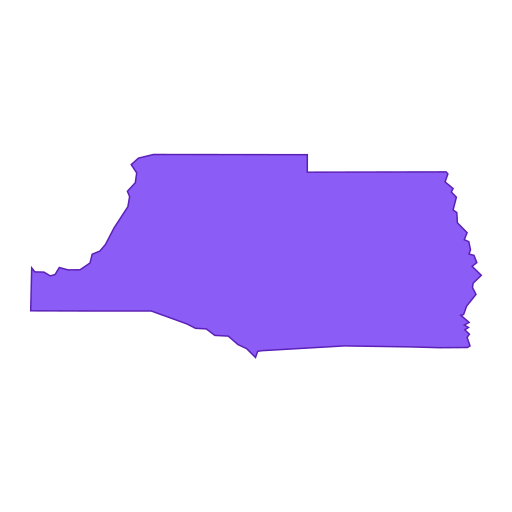 Mora, New Mexico, United States of America (Mercator projection)
{"feature_id": "52423323B50953457679894", "entity_name": "Mora", "entity_type": "district", "adm_level": 2, "iso_a3": "USA", "parent_name": "United States of America", "parent_adm1": "New Mexico", "projection": "mercator", "projection_center": [-104.899, 36.008], "detail": "fine", "context": "isolated", "style": "filled", "palette": "violet", "viewbox_px": 512, "rotation_deg": 0, "n_neighbors": 0, "source": "geoboundaries", "source_scale": "gbopen_adm2", "svg_char_len": 982}
<svg xmlns="http://www.w3.org/2000/svg" viewBox="0 0 512 512"><path d="M92.2,254.2L90.0,263.0L80.0,269.8L68.1,269.9L59.3,267.5L55.1,274.5L50.3,275.9L43.9,272.1L34.9,271.9L31.7,267.9L30.7,310.8L94.2,311.0L151.2,311.0L186.8,323.9L195.5,328.3L206.3,328.9L214.8,335.4L228.2,336.1L238.0,344.6L246.6,348.6L255.5,357.5L257.7,351.3L261.7,350.7L344.4,345.9L410.4,346.9L439.7,347.7L467.4,347.5L470.0,345.9L467.1,337.4L469.4,334.2L464.8,329.8L468.5,327.5L464.3,325.0L469.1,322.4L460.8,315.3L463.6,314.5L466.6,306.1L476.0,294.4L472.5,287.6L473.1,283.2L481.3,275.3L472.1,266.3L476.8,262.6L474.0,255.4L469.0,254.0L470.5,249.8L468.8,241.7L464.3,239.7L467.1,232.7L457.4,222.8L456.8,212.6L453.1,209.9L456.4,197.2L451.3,192.0L453.1,188.6L445.1,181.9L447.9,173.9L446.1,171.9L307.3,172.2L307.3,154.7L153.4,154.5L138.5,158.1L131.2,164.6L136.7,172.9L135.3,182.7L127.4,191.3L129.6,196.5L127.9,206.7L114.0,228.0L105.5,244.4L99.8,251.1L92.2,254.2Z" fill="#8b5cf6" stroke="#5b21b6" stroke-width="1.5"/></svg>